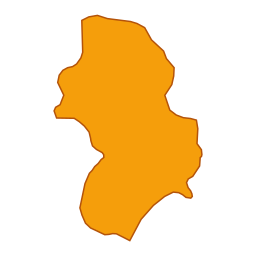 an SVG outline of Trebnje, rotated 90°
{"feature_id": "SVN-999", "entity_name": "Trebnje", "entity_type": "Municipality", "adm_level": 1, "iso_a3": "SVN", "parent_name": "Slovenia", "parent_adm1": "", "projection": "orthographic", "projection_center": [15.067, 45.922], "detail": "fine", "context": "isolated", "style": "filled", "palette": "amber", "viewbox_px": 256, "rotation_deg": 90, "n_neighbors": 0, "source": "natural_earth", "source_scale": "10m", "svg_char_len": 1088}
<svg xmlns="http://www.w3.org/2000/svg" viewBox="0 0 256 256"><g transform="rotate(90 128 128)"><path d="M183.6,171.0L173.3,166.6L170.4,163.8L166.6,161.3L163.5,157.8L159.6,154.9L157.5,152.2L154.7,152.3L152.6,153.8L149.4,159.6L145.9,163.5L140.8,165.1L138.4,165.4L132.1,166.9L126.1,171.6L121.7,176.7L118.3,181.8L118.0,199.4L110.9,201.9L107.3,200.4L104.7,195.9L95.2,192.2L82.5,198.3L75.2,196.8L70.3,193.1L67.7,188.4L66.6,183.4L64.0,179.4L57.9,175.1L52.3,173.3L20.4,174.2L16.9,167.2L15.4,158.6L18.6,148.6L21.5,125.6L23.5,119.0L27.7,111.3L39.9,104.5L51.1,92.4L58.6,89.6L67.7,81.9L76.1,82.3L84.6,84.2L95.3,91.2L110.1,86.2L115.0,79.8L117.7,72.6L118.5,65.5L120.1,59.6L128.7,58.2L143.6,59.0L149.7,54.6L154.5,54.1L156.4,54.5L157.6,55.8L166.0,56.4L176.3,63.2L178.9,67.7L182.6,69.5L187.6,67.9L190.8,65.4L193.8,64.1L196.5,63.7L198.1,65.2L197.4,70.0L194.6,73.5L192.7,77.2L192.1,82.7L196.4,91.3L205.4,102.6L219.3,114.9L240.6,126.2L233.8,139.6L233.6,143.4L234.4,147.1L234.7,151.2L228.0,165.4L223.2,170.5L215.1,174.0L207.9,176.1L183.6,171.0Z" fill="#f59e0b" stroke="#b45309" stroke-width="1.5"/></g></svg>